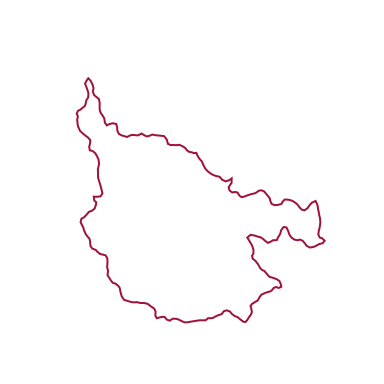 the district of Mato Verde, Minas Gerais, Brazil, rotated 162°
{"feature_id": "56859067B8029388584979", "entity_name": "Mato Verde", "entity_type": "district", "adm_level": 2, "iso_a3": "BRA", "parent_name": "Brazil", "parent_adm1": "Minas Gerais", "projection": "natural_earth1", "projection_center": [-42.879, -15.456], "detail": "fine", "context": "isolated", "style": "outline", "palette": "rose", "viewbox_px": 384, "rotation_deg": 162, "n_neighbors": 0, "source": "geoboundaries", "source_scale": "gbopen_adm2", "svg_char_len": 3755}
<svg xmlns="http://www.w3.org/2000/svg" viewBox="0 0 384 384"><g transform="rotate(162 192 192)"><path d="M77.3,145.3L81.6,144.7L84.4,143.0L87.3,140.8L90.8,139.8L93.1,141.4L94.5,144.3L95.6,147.6L97.1,150.0L99.6,152.9L102.7,154.9L106.1,156.2L108.6,154.9L110.7,153.0L114.2,153.2L117.4,153.9L119.9,156.0L120.3,158.9L120.0,161.8L121.1,165.0L122.2,167.7L123.3,170.4L125.6,172.2L128.1,172.6L130.3,171.8L132.7,171.3L135.9,171.7L140.3,171.7L143.5,171.5L146.4,171.7L148.0,173.9L148.8,177.3L150.8,178.7L153.9,179.1L155.8,181.9L155.7,185.1L153.8,186.8L151.6,188.4L150.1,192.7L153.2,191.7L156.7,191.7L159.5,194.3L161.0,197.9L164.4,199.9L166.8,201.8L168.6,203.9L170.5,206.6L172.1,209.9L172.8,213.8L173.2,218.2L174.6,221.1L175.4,224.1L175.8,227.9L178.2,228.4L180.1,229.9L182.4,231.1L184.0,233.3L184.7,235.8L186.5,238.1L189.5,240.8L193.0,241.5L195.4,242.6L197.6,243.1L200.0,245.2L199.8,249.9L201.4,253.9L205.5,255.7L209.0,257.2L212.0,258.9L215.1,258.6L217.8,258.8L219.9,260.8L221.9,263.2L225.8,262.5L228.9,263.8L231.4,264.8L233.7,264.9L236.9,264.4L239.3,266.2L241.4,267.6L243.5,269.7L244.1,273.4L243.2,276.6L243.1,280.2L246.3,281.9L249.4,282.1L252.4,281.7L253.4,284.8L252.7,289.0L253.4,292.4L254.4,295.3L254.4,298.6L253.5,301.7L252.3,305.2L251.8,309.1L253.5,311.9L255.1,314.3L255.3,318.1L253.6,321.1L253.4,325.1L254.1,329.3L255.5,332.2L257.9,330.5L260.2,328.1L260.0,324.5L259.9,321.2L260.0,317.8L261.5,314.1L264.3,311.7L265.6,309.2L267.2,307.0L270.2,305.8L272.7,304.8L275.3,304.4L277.4,302.3L277.2,299.1L278.9,296.2L279.7,292.4L280.1,289.5L279.6,284.8L277.7,281.3L275.9,278.5L274.2,276.2L272.7,272.7L274.0,269.6L275.8,266.8L276.3,263.2L273.9,261.8L272.1,258.9L271.3,255.6L270.9,252.0L271.5,247.9L273.1,245.0L274.6,242.6L275.2,239.8L276.2,237.1L276.9,234.4L277.0,231.6L277.0,228.9L277.1,225.7L277.3,222.3L277.6,218.4L280.4,216.1L283.7,216.8L286.9,217.9L287.6,214.1L286.2,211.8L287.6,209.1L289.8,206.3L293.0,205.1L296.1,205.0L299.5,202.9L302.4,201.3L305.5,200.7L307.3,197.7L306.9,195.0L306.4,192.2L306.5,188.5L306.0,184.5L305.1,181.8L304.0,179.5L304.1,176.8L304.8,174.1L305.2,171.6L304.3,169.0L301.5,166.7L300.3,164.1L298.6,161.5L296.0,159.9L293.8,158.5L293.0,155.2L294.1,151.3L296.0,146.6L296.2,143.0L298.0,139.0L297.2,135.7L296.4,132.7L295.4,130.1L293.0,128.4L291.2,125.7L290.4,123.2L290.9,119.2L291.1,114.5L289.9,110.4L286.5,108.0L283.4,105.9L281.2,104.9L278.5,104.3L275.6,102.5L271.8,101.2L268.7,99.3L266.7,96.3L264.0,92.8L263.6,89.5L265.0,86.0L264.6,82.9L261.6,82.7L258.8,82.5L256.6,81.6L255.5,78.6L253.0,76.5L249.6,77.5L246.2,76.3L244.0,74.7L241.5,72.2L239.1,70.2L236.5,69.5L233.5,69.1L229.8,68.5L226.4,68.0L223.8,67.5L221.6,66.7L218.7,65.8L215.7,67.0L213.1,66.1L210.8,65.8L208.0,66.4L205.1,66.7L201.5,66.7L198.7,68.7L195.7,68.8L192.9,66.7L191.6,63.4L189.6,60.7L187.5,59.1L185.4,55.9L183.4,52.9L181.3,51.8L179.1,53.1L176.4,55.4L173.8,57.2L172.1,59.4L171.7,62.7L171.5,65.6L169.6,67.0L167.0,67.6L162.9,68.6L160.4,71.0L157.7,72.9L154.2,73.3L151.0,73.5L148.2,73.2L146.0,74.1L143.8,75.6L141.3,75.6L139.3,74.0L136.4,74.2L136.0,77.2L136.4,80.4L138.4,82.9L141.5,85.4L144.6,87.4L146.2,91.1L147.5,94.4L149.5,96.3L150.7,98.6L151.5,102.8L152.9,106.8L154.9,109.8L154.6,112.8L152.7,114.4L151.4,118.0L151.4,122.5L152.4,127.1L153.5,131.6L149.6,133.2L145.7,131.1L143.4,129.3L141.1,128.0L138.9,125.4L137.4,122.7L135.4,120.1L132.7,120.4L129.8,121.1L126.3,120.0L124.0,122.4L121.1,124.9L119.0,128.1L115.8,130.4L113.1,129.1L112.6,125.1L112.5,121.1L111.4,117.7L109.1,114.9L106.6,113.5L104.1,113.4L101.8,111.4L100.5,108.2L99.7,105.5L97.1,102.8L93.4,102.2L90.7,102.5L87.0,103.2L83.5,102.9L80.9,104.7L82.6,107.8L84.6,109.2L85.0,112.7L83.5,115.7L81.4,119.1L79.4,123.2L78.4,127.3L78.1,131.2L77.6,134.3L77.3,137.1L76.7,141.0L77.3,145.3Z" fill="none" stroke="#9f1239" stroke-width="2"/></g></svg>